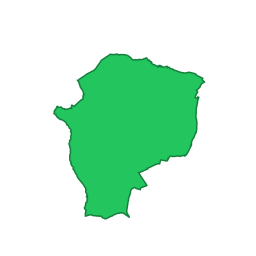 Loamnes, Sibiu, Romania (Albers equal-area conic projection), rotated 140°
{"feature_id": "2599482B40985345258725", "entity_name": "Loamnes", "entity_type": "district", "adm_level": 2, "iso_a3": "ROU", "parent_name": "Romania", "parent_adm1": "Sibiu", "projection": "albers", "projection_center": [24.042, 45.956], "detail": "fine", "context": "isolated", "style": "filled", "palette": "green", "viewbox_px": 256, "rotation_deg": 140, "n_neighbors": 0, "source": "geoboundaries", "source_scale": "gbopen_adm2", "svg_char_len": 5618}
<svg xmlns="http://www.w3.org/2000/svg" viewBox="0 0 256 256"><g transform="rotate(140 128 128)"><path d="M174.7,187.2L175.5,186.5L175.5,186.4L175.3,185.8L174.7,185.2L174.6,184.9L174.7,184.3L175.1,184.0L175.0,183.6L175.1,183.1L175.0,182.5L175.3,181.6L175.1,181.4L175.2,181.1L175.0,180.8L174.7,179.7L174.8,179.2L174.6,178.7L174.4,178.3L174.2,177.7L173.4,177.1L173.2,176.3L172.5,174.6L172.2,173.4L172.1,172.4L172.2,170.9L172.5,170.4L172.9,170.0L172.2,168.2L172.3,167.6L172.8,166.4L173.0,165.8L172.9,165.2L172.7,164.8L172.9,164.0L172.9,163.2L173.0,162.9L173.5,162.1L173.8,162.1L174.2,162.3L174.3,162.2L174.4,161.6L174.7,160.6L175.0,160.0L177.9,157.9L178.1,157.5L178.6,156.6L178.9,156.2L179.5,155.9L180.3,156.1L180.7,156.0L181.4,155.0L182.0,154.6L182.4,154.5L183.3,153.9L183.9,152.9L183.9,152.2L184.8,151.0L184.7,150.5L185.4,149.6L185.6,149.0L186.3,148.1L186.5,147.8L187.2,147.2L187.5,146.5L188.0,146.0L190.3,144.4L191.0,143.3L191.9,142.5L193.4,140.4L193.4,138.9L193.5,138.5L193.9,138.2L194.5,137.9L194.6,137.7L194.7,137.4L194.7,136.9L195.1,136.1L195.3,134.5L195.2,133.4L195.4,132.4L195.5,132.1L196.3,132.1L196.6,131.1L196.5,129.7L197.3,127.4L197.4,124.9L198.0,123.7L198.5,121.4L198.5,114.5L198.7,112.4L199.0,110.5L199.1,110.4L199.0,109.4L199.3,108.7L201.2,106.5L201.7,105.6L201.7,104.9L202.3,103.6L202.2,103.5L202.3,103.2L202.8,101.9L203.0,101.7L203.1,101.8L203.3,101.9L203.5,102.3L203.8,102.3L204.1,101.8L204.1,101.2L204.2,100.9L204.1,100.3L204.8,99.8L205.0,99.8L205.4,99.3L205.9,99.0L206.1,98.7L206.5,97.8L207.3,97.7L208.0,98.0L208.4,97.9L209.2,96.8L210.2,96.3L211.0,95.7L211.6,95.1L212.5,95.0L213.1,94.1L213.1,92.8L212.9,92.1L213.0,91.7L213.7,91.5L215.2,90.1L216.0,89.7L216.1,89.4L216.5,88.9L216.9,88.2L217.2,87.9L216.2,87.3L214.1,86.5L213.0,86.0L212.0,85.0L211.7,84.6L211.2,83.5L210.6,82.8L209.8,82.3L209.4,81.9L209.3,81.5L208.9,81.1L208.7,80.8L208.4,80.6L207.8,80.4L207.7,80.1L207.4,79.8L207.4,79.5L206.8,79.1L206.6,78.9L205.7,78.2L205.2,77.4L205.3,77.0L205.2,76.6L205.2,75.9L205.0,75.2L204.5,74.6L204.1,73.5L203.6,72.9L203.0,72.6L201.2,72.1L198.6,71.6L197.3,71.1L196.9,70.8L196.3,70.8L194.6,70.6L193.5,70.1L191.7,69.7L190.1,68.9L189.8,68.8L189.6,68.7L190.0,68.7L189.1,68.1L188.0,67.7L187.8,67.4L187.4,67.2L187.3,66.8L186.4,66.1L184.4,59.0L184.1,59.2L183.6,62.6L182.9,64.6L181.9,65.7L176.3,70.6L175.8,71.2L174.1,72.3L172.6,73.9L171.3,74.6L170.0,75.3L169.1,76.0L168.3,76.3L168.1,76.7L167.4,77.2L166.8,77.9L165.3,78.7L164.5,78.9L161.5,78.4L160.9,77.7L160.6,76.3L158.2,72.9L157.7,73.3L156.7,73.8L155.9,73.8L154.3,73.1L150.6,71.8L150.2,73.4L150.0,75.3L149.5,80.1L148.7,86.2L148.6,86.9L148.4,86.7L147.1,86.3L139.5,84.1L139.0,84.2L138.9,84.6L138.7,84.4L135.5,83.6L134.4,83.4L132.4,82.8L132.1,82.8L128.7,81.7L127.5,80.9L126.8,80.2L125.3,81.3L123.3,82.4L119.4,77.7L118.1,77.9L117.5,78.2L117.7,78.5L117.2,79.0L116.6,79.0L116.2,78.8L115.3,79.1L114.0,79.2L113.1,78.8L111.8,77.1L109.7,75.7L107.4,74.4L107.0,73.3L106.9,73.2L102.9,71.2L102.7,70.3L102.5,70.0L102.2,70.0L101.3,70.5L101.1,70.1L100.8,69.9L100.5,70.0L96.8,71.2L94.6,72.3L93.6,72.7L90.5,74.1L90.8,74.5L89.5,75.1L88.9,76.0L86.8,77.3L82.7,78.8L80.7,80.1L78.8,80.7L77.0,82.1L75.6,83.5L74.2,85.3L72.0,87.5L69.5,91.4L69.3,92.3L68.9,92.9L67.9,93.9L67.6,94.7L66.7,95.0L64.3,97.9L63.3,98.9L58.1,103.1L57.4,103.9L54.1,106.0L54.6,106.9L56.1,106.0L56.9,108.4L54.7,109.6L53.3,110.2L51.4,110.9L51.5,111.6L51.3,112.9L50.8,112.7L46.6,113.1L46.3,113.4L45.8,113.5L44.6,114.2L43.3,114.5L41.5,114.4L39.9,114.0L39.8,114.3L39.8,114.7L39.9,115.1L40.0,115.5L40.2,116.0L40.2,116.7L40.3,117.3L38.8,118.0L39.2,119.1L41.2,123.3L41.4,124.1L41.5,125.7L41.7,126.3L42.1,126.9L42.8,128.1L45.5,131.5L46.0,131.9L48.8,133.2L51.2,135.9L52.6,137.9L55.2,142.4L55.6,142.7L55.8,144.3L57.3,146.1L57.2,146.5L57.5,146.8L57.5,147.2L57.5,148.1L58.8,148.7L58.4,148.9L58.1,148.8L58.3,149.0L58.4,149.8L58.5,150.0L58.5,150.3L60.8,151.1L61.5,151.7L62.4,152.7L62.4,153.5L62.8,154.3L63.4,153.7L63.7,154.0L64.0,154.8L63.4,155.3L64.0,155.9L64.5,155.7L64.7,156.1L65.1,156.2L65.3,155.4L65.7,155.4L66.2,156.1L66.2,156.9L66.4,157.6L67.4,160.1L67.8,160.2L68.3,161.6L68.4,162.3L68.5,163.2L67.6,163.2L68.1,164.9L68.1,166.0L68.2,166.4L69.0,166.4L68.7,169.6L69.4,169.8L69.4,170.1L70.5,170.5L72.6,171.1L73.2,171.4L75.0,172.8L75.1,173.1L75.2,173.3L75.6,173.2L76.0,173.6L77.3,174.2L77.5,174.6L77.8,175.0L78.0,175.3L78.3,175.6L80.1,176.3L80.5,177.2L80.8,178.3L80.8,178.7L80.7,179.3L80.8,179.6L80.8,180.5L81.5,183.3L81.9,184.1L82.5,185.1L83.0,185.7L84.0,186.9L84.6,187.3L86.2,188.8L88.3,190.0L88.3,190.9L88.6,191.3L89.9,192.4L90.8,192.7L91.5,193.1L92.9,194.6L94.1,195.6L94.2,195.9L94.6,196.0L96.2,196.0L98.6,196.3L99.2,196.4L100.7,196.5L104.9,197.0L108.7,195.8L112.7,194.8L114.2,194.3L117.2,194.1L117.7,194.1L119.4,194.7L120.5,194.8L124.9,195.8L128.6,196.0L134.1,196.7L135.0,196.5L135.3,196.6L135.8,196.5L136.0,196.7L136.2,195.0L136.3,194.4L136.6,193.8L136.7,193.2L137.2,192.6L137.4,192.2L137.5,191.6L137.8,190.6L138.3,189.9L138.5,187.3L138.6,185.9L139.1,184.5L139.6,183.6L139.6,183.2L139.6,182.6L140.2,182.3L140.6,182.3L140.8,182.2L140.8,181.9L141.2,181.7L141.1,181.3L141.2,181.2L141.9,181.4L142.4,180.8L143.2,180.0L143.6,179.2L146.1,179.6L153.4,179.3L155.1,179.0L155.9,180.8L156.3,181.5L156.6,181.7L157.1,181.2L158.7,179.2L159.0,179.5L159.0,180.1L159.4,180.4L161.9,181.1L162.4,181.6L164.0,182.5L164.3,182.7L164.4,183.0L164.2,183.4L165.2,184.6L165.8,185.6L165.8,186.2L165.6,186.8L165.7,187.0L167.0,187.7L168.2,188.9L168.0,189.6L168.0,189.8L168.3,190.0L168.6,190.1L169.1,189.8L169.1,189.7L169.9,189.3L171.7,188.7L171.8,188.9L173.7,188.3L173.8,188.1L173.9,187.6L174.7,187.2Z" fill="#22c55e" stroke="#15803d" stroke-width="1.5"/></g></svg>